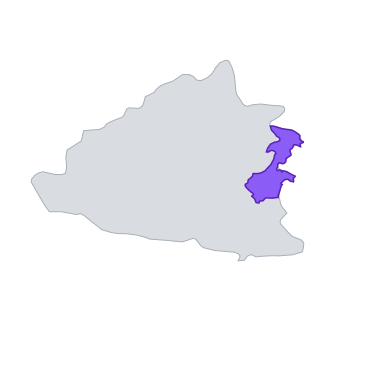 where Foča sits in Bosnia and Herzegovina, rotated 322°
{"feature_id": "BIH-4807", "entity_name": "Foča", "entity_type": "state/province", "adm_level": 1, "iso_a3": "BIH", "parent_name": "Bosnia and Herzegovina", "parent_adm1": "", "projection": "equal_earth", "projection_center": [18.989, 43.593], "detail": "fine", "context": "in_parent", "style": "filled", "palette": "violet", "viewbox_px": 384, "rotation_deg": 322, "n_neighbors": 0, "source": "natural_earth", "source_scale": "10m", "svg_char_len": 3614}
<svg xmlns="http://www.w3.org/2000/svg" viewBox="0 0 384 384"><g transform="rotate(322 192 192)"><path d="M301.1,110.1L301.6,112.0L300.2,118.5L297.5,125.5L293.0,132.9L288.4,139.8L287.2,143.5L286.8,149.3L286.3,153.9L286.9,156.4L288.4,158.7L293.6,160.6L300.6,165.2L306.5,171.2L314.2,178.1L316.5,180.6L316.5,183.4L314.3,185.4L307.8,186.2L301.0,185.6L298.4,184.9L296.0,185.7L294.5,187.3L295.3,189.1L302.3,197.4L310.4,209.4L310.9,214.6L309.9,218.6L308.0,221.4L304.7,221.0L302.1,218.8L298.2,218.9L295.2,219.5L291.3,223.9L289.3,223.7L285.9,224.4L283.8,225.2L280.4,223.9L276.9,223.1L275.4,224.4L274.7,227.0L276.9,231.6L281.0,238.9L280.3,244.4L277.2,245.0L274.3,240.4L271.8,239.6L268.9,239.8L262.2,245.1L257.3,249.6L256.1,252.8L254.4,256.2L253.8,258.7L253.9,267.0L245.1,268.3L243.2,269.5L242.2,272.0L242.9,282.7L243.6,288.4L248.6,297.2L248.8,300.0L248.1,301.8L244.4,305.4L242.7,306.6L241.6,307.0L235.7,304.7L232.9,303.6L221.1,295.8L215.9,291.5L207.7,285.8L202.6,282.6L200.1,277.7L196.0,276.6L191.3,278.1L185.9,274.6L189.7,272.8L190.7,271.0L190.2,268.8L188.5,265.7L174.1,252.3L167.0,243.3L165.9,240.0L165.9,231.3L164.2,229.2L153.6,225.3L141.8,214.1L129.6,203.0L128.0,200.0L121.8,191.7L114.2,184.1L108.1,179.3L103.1,173.8L97.7,166.1L94.9,154.6L92.5,144.3L90.9,140.3L87.4,138.9L76.6,126.8L67.5,119.8L67.7,112.1L69.4,99.5L71.4,85.1L73.7,83.1L77.9,82.1L82.7,82.5L86.9,84.2L95.1,94.1L99.8,97.9L103.8,99.4L108.5,95.2L114.3,86.6L119.3,82.0L136.1,83.6L144.4,77.0L157.7,85.7L163.1,87.0L166.2,85.8L170.5,86.4L179.8,89.0L182.0,90.0L184.8,89.9L191.7,86.4L194.1,86.9L201.9,93.6L205.9,93.6L210.7,90.7L213.8,88.2L222.9,90.1L228.1,89.0L232.4,88.9L237.1,90.0L241.4,91.6L245.5,92.9L256.8,93.6L262.2,97.9L264.3,102.0L264.4,104.5L264.9,107.2L268.0,109.9L274.8,111.4L279.0,111.1L281.3,110.9L287.1,108.5L293.9,107.3L298.8,108.7L301.1,110.1Z" fill="#d9dde1" stroke="#a8b0b8" stroke-width="1"/><path d="M282.2,226.1L281.1,225.8L280.2,224.8L279.5,223.5L278.6,222.6L277.1,222.8L276.2,223.5L274.6,225.1L273.4,225.7L272.8,226.1L272.4,226.8L272.4,227.5L273.1,228.0L274.1,228.2L274.5,228.5L275.4,229.8L275.4,230.3L275.1,231.0L275.1,231.5L276.5,231.1L277.0,231.5L279.2,234.3L281.2,239.4L283.1,243.0L282.7,243.4L281.0,243.5L280.2,243.8L280.1,244.0L279.7,244.5L279.3,245.2L278.8,246.0L278.1,246.5L277.9,246.1L276.5,244.4L275.9,243.4L275.8,242.7L275.8,242.1L275.8,241.5L275.3,240.9L273.6,239.7L272.0,239.3L268.1,239.7L266.9,240.2L267.1,240.5L267.5,241.3L267.7,241.7L266.0,242.2L257.6,248.0L256.6,249.4L254.6,248.1L251.7,246.4L246.4,241.9L242.6,242.6L240.0,240.9L237.9,241.9L236.0,239.8L237.1,236.0L236.5,232.0L238.8,232.0L239.1,230.8L238.4,228.0L237.9,225.2L237.5,221.9L237.8,219.7L238.3,219.2L238.8,218.7L241.4,219.2L243.9,217.0L246.9,217.0L249.4,216.8L251.4,215.1L251.5,215.1L255.7,218.3L258.6,219.6L263.0,220.3L265.0,219.8L268.5,219.3L271.1,218.9L273.3,217.9L276.1,216.7L278.3,215.1L279.9,213.6L281.9,213.2L282.3,212.0L281.6,209.6L280.4,208.2L278.3,207.6L276.8,207.6L275.3,206.2L278.7,204.0L283.2,202.6L287.9,203.6L290.1,205.0L293.0,205.4L294.3,203.3L293.0,199.9L293.2,196.8L292.7,192.3L293.2,190.9L294.3,188.3L296.5,190.0L298.5,192.4L302.0,197.7L308.7,204.5L310.0,207.2L311.6,212.0L311.7,214.2L310.0,215.8L309.7,216.8L309.6,218.0L309.7,219.2L310.0,220.1L310.5,220.5L310.7,220.9L310.5,221.2L310.0,221.5L307.5,220.6L306.8,220.7L305.9,222.5L305.4,223.2L304.9,222.5L304.3,221.1L303.4,219.4L302.3,218.1L301.2,217.5L300.5,217.7L299.0,218.8L298.2,219.2L297.5,219.2L295.8,219.0L295.1,219.2L294.2,220.6L293.6,222.5L292.8,223.9L291.3,223.9L288.2,223.5L286.6,223.7L284.9,225.6L283.6,226.1L282.2,226.1Z" fill="#8b5cf6" stroke="#5b21b6" stroke-width="1.5"/></g></svg>